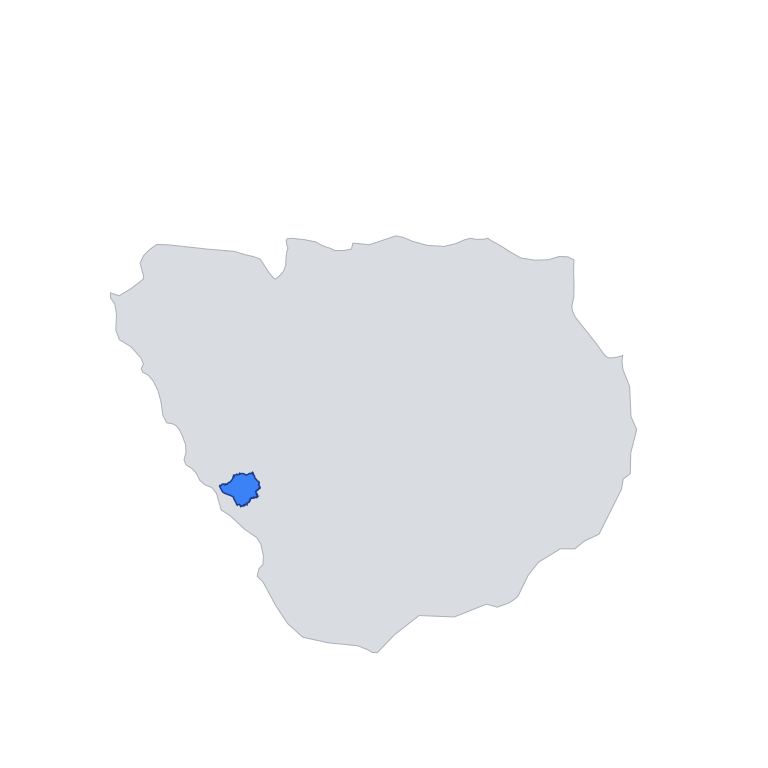 location of Porvenir, Paysandú, Uruguay, rotated 321°
{"feature_id": "84410073B33376625249315", "entity_name": "Porvenir", "entity_type": "district", "adm_level": 2, "iso_a3": "URY", "parent_name": "Uruguay", "parent_adm1": "Paysandú", "projection": "natural_earth1", "projection_center": [-57.84, -32.438], "detail": "fine", "context": "in_parent", "style": "filled", "palette": "blue", "viewbox_px": 768, "rotation_deg": 321, "n_neighbors": 0, "source": "geoboundaries", "source_scale": "gbopen_adm2", "svg_char_len": 5405}
<svg xmlns="http://www.w3.org/2000/svg" viewBox="0 0 768 768"><g transform="rotate(321 384 384)"><path d="M587.6,511.9L583.4,515.8L578.8,523.1L573.3,540.6L555.4,564.8L551.7,578.5L532.5,592.7L518.9,608.7L510.2,608.3L502.3,615.2L456.8,636.0L440.5,632.1L428.5,632.2L417.3,623.0L391.8,619.7L375.8,623.3L354.2,633.4L347.8,633.3L343.1,632.7L331.5,628.6L325.2,619.6L292.1,609.3L265.5,586.0L234.0,585.5L209.9,588.6L206.1,585.5L203.7,579.5L198.7,570.8L177.9,550.2L161.5,529.7L158.3,509.5L160.5,487.6L165.4,461.6L164.5,453.5L170.6,448.9L176.6,448.0L182.3,441.3L187.5,431.1L188.4,423.4L184.3,409.2L181.5,389.3L178.2,379.4L184.9,363.8L185.1,356.2L181.3,349.5L180.2,342.6L182.0,335.6L181.6,328.8L179.2,322.3L181.0,316.9L187.1,312.6L191.7,306.1L194.7,297.3L196.2,290.6L196.3,285.9L194.5,281.6L190.7,277.5L192.4,269.3L199.7,257.1L204.4,246.2L206.5,236.7L206.4,229.1L204.0,223.2L205.0,219.3L209.5,217.2L211.5,211.0L210.8,195.7L206.2,183.1L209.7,173.1L219.9,161.6L225.2,152.2L225.6,145.1L228.8,141.0L233.6,148.7L248.0,150.7L262.6,151.0L264.9,149.1L270.6,136.5L278.2,132.9L286.3,132.0L295.3,132.6L304.8,140.9L331.7,168.1L351.4,187.0L357.3,195.9L362.5,202.6L366.4,208.8L364.7,225.0L364.9,232.0L365.8,234.1L370.3,234.3L377.0,233.1L382.7,229.6L387.1,224.5L391.4,220.2L394.9,218.0L396.2,214.5L398.2,211.0L400.3,210.2L404.2,212.9L413.3,222.1L420.4,230.6L422.2,235.5L424.9,240.6L427.8,245.0L429.8,249.4L436.7,255.0L443.7,258.6L448.5,254.9L460.3,266.6L486.6,276.4L491.4,282.4L495.8,290.8L504.9,303.6L517.6,315.1L527.7,319.9L537.5,322.7L543.0,325.2L546.7,329.6L552.7,334.3L556.4,336.1L557.7,340.4L561.5,349.6L565.4,361.4L569.7,372.2L579.1,382.7L589.8,390.8L600.9,395.4L607.1,401.1L609.7,407.1L602.1,415.9L593.8,426.9L586.5,435.6L578.9,441.7L576.4,445.9L574.7,452.3L574.4,486.7L573.6,499.5L574.1,502.9L575.1,505.2L579.7,508.6L585.3,511.4L587.6,511.9Z" fill="#d9dde1" stroke="#a8b0b8" stroke-width="1"/><path d="M217.5,364.3L216.0,363.4L215.7,362.6L214.8,363.3L214.1,362.7L213.1,362.6L213.0,361.5L212.6,361.4L211.4,361.3L210.5,360.9L210.0,360.3L209.7,360.2L209.5,360.8L209.5,361.6L209.1,361.7L208.7,361.7L208.2,361.2L207.4,362.2L204.3,363.1L203.4,363.1L202.6,363.4L202.1,363.3L201.4,362.8L200.2,362.8L199.0,363.4L198.3,362.8L198.2,362.0L197.6,361.7L197.3,361.8L197.0,362.3L196.7,362.1L196.5,361.0L196.2,360.5L195.0,360.0L194.6,360.1L193.9,360.5L192.5,359.5L191.8,360.1L190.6,366.4L191.8,369.4L194.8,374.4L195.8,377.1L195.0,378.9L194.2,383.5L193.6,384.9L193.7,385.8L194.0,385.7L194.1,385.8L194.3,385.8L194.3,385.7L194.5,385.7L194.7,385.9L194.7,386.0L194.8,386.1L195.2,386.2L195.3,386.2L195.6,386.4L195.7,386.5L195.8,386.8L195.9,387.0L195.9,387.4L195.9,387.5L195.8,387.8L196.0,387.8L196.0,388.0L195.9,388.2L195.8,388.3L195.7,388.4L195.6,388.5L195.5,388.8L195.4,388.9L195.4,389.0L195.5,389.0L195.8,389.1L196.0,389.1L196.3,389.3L196.5,389.4L196.5,389.6L196.8,389.7L196.9,389.8L197.0,389.8L197.3,389.8L197.5,389.8L197.6,389.7L197.8,389.8L197.8,389.7L198.0,389.7L198.3,389.7L198.5,389.8L198.4,389.9L198.4,390.0L198.5,390.2L198.5,390.3L198.4,390.4L198.4,390.5L198.5,390.6L198.9,390.8L199.0,390.8L199.4,390.7L199.5,390.7L199.8,390.7L200.0,390.5L200.0,390.4L200.1,390.5L200.2,390.4L200.4,390.5L200.5,390.5L200.5,390.4L200.7,390.5L200.9,390.6L200.9,390.8L201.0,390.8L201.0,390.7L201.2,390.8L201.3,390.8L201.4,390.7L201.4,390.8L201.6,390.7L201.7,390.9L201.8,390.9L202.0,390.9L202.0,391.1L202.2,390.8L202.8,390.4L203.0,390.4L203.3,390.4L203.5,390.5L203.8,390.5L204.0,390.7L204.0,390.8L204.1,391.0L204.3,391.0L204.5,391.0L204.9,390.9L205.0,390.6L205.3,390.4L205.5,390.2L205.7,390.3L205.8,390.3L205.8,390.5L206.1,390.6L206.3,390.5L206.5,390.5L206.7,390.2L206.8,390.0L206.9,389.9L207.0,389.7L207.1,389.3L207.2,389.1L207.4,389.0L207.5,389.0L207.6,389.3L207.8,389.5L208.3,389.2L208.5,389.1L209.1,388.9L209.3,388.9L209.4,389.0L209.5,389.1L209.4,389.4L209.4,389.5L209.6,389.6L209.6,389.8L209.8,390.0L210.1,390.3L210.3,390.3L210.4,390.2L210.6,390.1L210.8,390.1L211.0,390.1L211.2,389.9L211.4,389.7L211.6,389.7L211.7,389.8L211.8,389.9L211.8,390.0L211.7,390.2L211.6,390.3L211.4,390.4L211.4,390.5L211.3,390.8L211.5,390.9L211.6,391.0L211.8,391.0L212.0,391.0L212.5,391.3L212.8,391.4L213.0,391.3L213.3,391.3L213.5,391.4L213.5,391.7L213.5,391.8L213.5,392.0L213.7,392.3L213.8,392.3L214.0,392.3L214.1,392.2L214.3,392.0L214.3,391.9L214.6,391.9L214.3,391.7L214.2,391.7L214.1,391.3L214.3,391.0L214.5,390.9L214.8,390.9L214.9,391.0L215.1,391.2L215.4,391.2L215.6,391.1L216.0,390.5L216.0,390.4L216.0,390.1L215.8,389.9L215.8,389.7L215.7,389.7L215.5,389.4L215.8,389.2L216.0,389.2L216.2,388.9L216.0,388.7L216.1,388.3L216.1,388.2L216.3,388.1L216.4,387.9L216.4,387.7L216.4,387.3L216.5,387.0L216.8,386.7L217.1,386.7L217.4,386.7L217.5,386.7L217.8,386.6L218.1,386.6L218.3,386.5L218.5,386.6L218.5,386.8L218.6,387.0L218.9,386.9L219.2,386.8L219.4,386.6L219.5,386.6L219.6,386.8L219.8,386.9L220.1,386.7L220.3,386.4L220.5,386.4L220.8,386.5L220.9,386.4L220.9,386.6L221.0,386.6L221.1,386.8L221.3,387.0L221.7,387.0L221.8,386.9L221.9,387.0L222.1,386.9L222.2,386.7L222.4,386.7L222.5,386.5L222.4,386.5L222.5,386.3L222.6,386.2L222.8,386.1L223.0,385.2L222.9,383.5L224.0,383.2L224.1,382.4L225.1,382.0L225.3,381.1L224.5,379.5L224.7,378.3L224.5,375.6L225.5,374.0L225.5,372.5L225.2,371.9L225.2,371.5L225.9,371.4L226.2,371.2L226.3,369.9L224.5,369.9L223.8,369.5L223.2,368.8L220.8,368.6L219.1,367.6L219.1,367.0L218.5,365.4L217.5,364.3Z" fill="#3b82f6" stroke="#1e3a8a" stroke-width="1.5"/></g></svg>